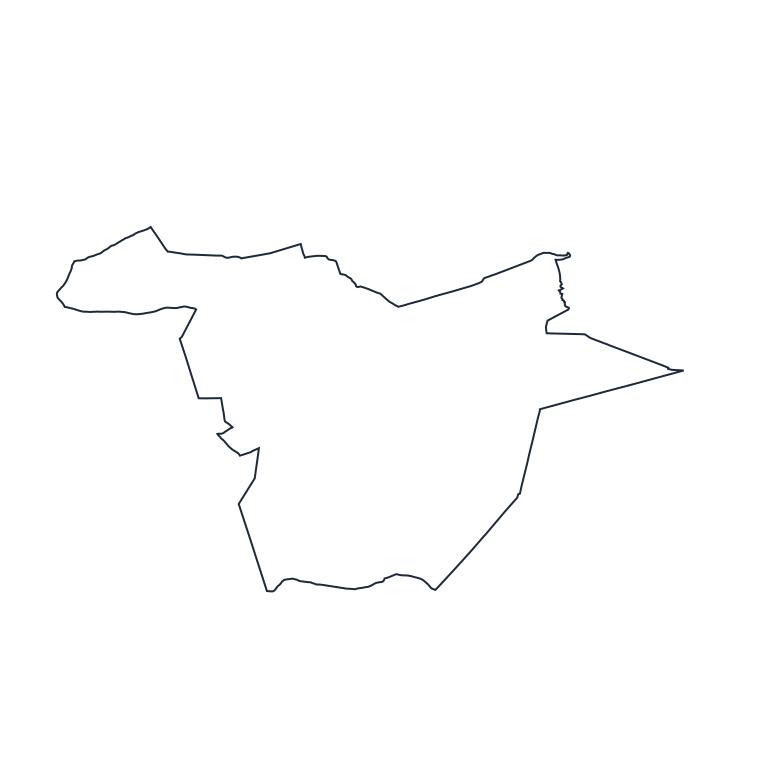 the district of Wajir North, North-Eastern, Kenya, rotated 75°
{"feature_id": "3690345B77349779921322", "entity_name": "Wajir North", "entity_type": "district", "adm_level": 2, "iso_a3": "KEN", "parent_name": "Kenya", "parent_adm1": "North-Eastern", "projection": "equal_earth", "projection_center": [39.341, 2.99], "detail": "fine", "context": "isolated", "style": "outline", "palette": "slate", "viewbox_px": 768, "rotation_deg": 75, "n_neighbors": 0, "source": "geoboundaries", "source_scale": "gbopen_adm2", "svg_char_len": 6164}
<svg xmlns="http://www.w3.org/2000/svg" viewBox="0 0 768 768"><g transform="rotate(75 384 384)"><path d="M462.3,555.4L499.0,553.4L553.6,550.7L554.7,548.0L555.0,547.0L555.4,545.7L555.5,544.6L555.1,543.4L554.5,542.3L553.6,541.2L552.6,540.1L551.7,538.8L551.1,537.3L550.4,536.0L549.7,535.0L548.6,533.8L548.1,532.9L547.8,532.0L547.3,531.2L547.7,527.5L548.2,524.1L548.3,522.9L548.9,521.6L549.8,520.2L550.4,518.9L551.3,518.0L552.0,517.1L553.1,515.3L553.8,513.3L554.7,511.3L556.5,506.5L557.0,505.5L557.7,504.9L558.8,503.0L559.3,502.2L559.8,501.8L560.2,501.0L561.1,498.0L562.2,495.2L571.9,473.3L572.6,471.1L574.7,465.2L574.7,463.2L574.7,461.7L575.3,457.4L575.5,453.5L575.9,451.7L575.6,450.4L575.5,448.8L575.1,447.7L574.1,443.4L574.1,442.2L574.2,440.6L574.6,437.6L574.5,436.4L574.3,435.7L573.6,435.0L572.1,433.8L571.9,433.1L572.0,431.0L571.9,429.5L571.7,427.8L571.4,425.9L571.3,424.5L570.9,422.5L570.9,421.6L571.1,420.8L572.8,417.7L574.2,413.8L574.6,412.3L575.1,410.7L576.6,407.6L579.0,403.5L579.7,402.1L581.3,399.6L582.4,398.1L583.7,396.9L588.8,393.4L591.9,391.9L593.4,391.3L594.7,389.7L596.1,387.9L595.8,387.1L594.2,384.4L587.3,373.4L577.5,358.0L567.1,342.0L556.6,326.5L555.5,324.7L538.5,300.2L528.3,284.8L525.1,282.7L525.1,281.1L517.7,277.3L498.2,266.5L488.5,261.4L477.1,255.1L455.5,243.5L450.9,240.8L449.4,240.1L449.1,240.0L448.8,240.0L448.7,236.3L448.6,205.3L448.7,187.6L448.6,171.9L448.7,140.6L448.6,120.1L448.5,91.0L444.9,102.1L442.9,105.7L441.9,105.2L439.7,108.0L421.3,133.5L404.7,156.6L403.1,158.6L402.2,160.0L393.9,171.5L392.4,173.3L388.1,177.0L387.0,180.3L382.6,195.2L377.9,211.2L377.1,213.7L375.6,213.5L374.0,213.5L372.6,213.1L371.5,212.9L370.4,212.7L365.1,209.6L364.6,207.4L359.8,186.7L359.1,186.0L358.1,185.8L356.2,188.3L355.5,188.8L353.5,188.7L352.7,188.5L351.9,188.0L351.1,188.9L350.0,188.7L349.1,190.0L348.6,189.8L347.8,189.7L347.0,190.2L346.3,190.2L343.2,188.5L342.4,190.2L340.9,190.0L338.9,190.9L338.7,189.0L338.0,186.4L337.3,187.0L336.7,187.7L335.9,188.3L335.1,188.3L334.5,187.8L333.6,186.4L332.6,186.6L331.4,186.6L330.9,187.0L330.2,187.3L328.3,186.6L326.0,186.1L323.8,185.8L321.6,185.6L316.9,185.6L310.7,186.1L308.4,186.1L309.1,183.9L309.8,180.1L309.8,178.1L309.4,176.3L309.2,171.9L308.6,171.2L307.8,170.9L306.3,171.4L305.4,171.8L304.9,172.4L305.6,173.2L306.5,173.6L306.7,174.6L306.7,175.6L306.4,177.3L305.8,179.4L305.2,180.5L305.0,181.9L304.8,182.8L304.2,184.0L302.5,186.3L302.1,187.4L300.5,189.6L300.0,190.7L299.6,192.6L298.8,195.1L298.7,195.8L298.7,196.9L299.0,199.5L299.2,202.2L300.8,206.0L300.9,206.3L301.8,207.5L302.3,208.4L302.8,209.8L303.0,211.2L303.8,218.8L305.7,237.2L306.9,249.1L306.9,250.4L307.1,252.6L307.3,254.1L307.5,257.3L307.7,259.4L307.7,259.8L308.1,260.4L309.7,262.1L310.4,263.0L310.6,263.4L310.8,264.6L311.1,266.2L311.6,271.3L311.9,275.2L311.9,276.6L312.3,294.2L312.4,307.4L312.5,313.3L312.9,322.6L313.0,331.7L313.0,338.6L313.2,343.5L313.1,350.2L312.1,351.2L310.4,353.2L308.7,354.6L306.9,356.5L305.6,357.7L302.3,360.0L296.0,364.0L295.7,364.3L294.3,366.6L293.2,368.1L288.7,373.9L285.8,378.1L283.7,381.5L283.6,381.8L283.7,383.8L283.6,384.3L283.2,384.9L282.6,385.3L282.3,385.7L281.9,385.7L281.2,385.5L279.8,385.9L278.4,386.6L276.0,388.1L275.6,388.2L274.5,388.3L274.0,388.5L273.1,389.3L271.2,391.2L269.5,392.4L268.6,393.2L267.9,394.5L267.2,396.1L266.3,397.7L254.4,398.4L253.0,398.7L252.7,398.8L252.5,399.1L251.2,401.1L250.1,403.9L249.5,404.9L249.0,405.3L248.3,405.8L247.7,406.1L246.8,406.2L246.0,406.6L245.4,407.3L245.0,408.1L244.2,410.9L243.4,413.4L243.0,415.0L242.7,416.4L241.6,424.1L241.5,427.8L239.9,427.7L237.7,428.2L236.1,428.3L233.8,428.2L230.8,428.3L227.3,428.2L227.3,430.6L228.2,458.7L228.2,460.5L227.2,472.3L225.9,486.9L225.7,489.4L224.9,490.0L224.0,491.2L223.3,492.4L222.8,493.7L222.4,495.2L222.0,496.9L221.9,498.2L221.8,501.4L221.6,502.4L221.3,503.2L221.0,503.9L220.5,504.7L218.8,506.4L218.1,507.4L217.9,507.8L216.4,513.3L209.8,534.3L207.7,541.4L206.3,544.5L205.3,546.3L204.5,548.3L200.7,557.0L200.0,558.8L198.5,559.3L197.8,559.7L195.8,560.5L187.7,563.2L185.4,564.0L171.9,568.8L172.8,571.1L173.1,572.4L173.5,576.4L173.7,580.2L173.7,581.2L173.8,582.3L174.4,585.6L175.3,587.9L175.6,590.9L176.1,592.7L176.2,594.8L176.3,596.1L177.1,598.6L177.3,599.8L178.1,602.2L178.8,604.8L179.9,608.3L180.0,609.9L179.9,611.3L180.4,612.7L181.9,616.2L182.1,617.4L182.3,618.5L182.8,620.2L183.3,621.4L183.8,622.5L184.1,623.2L184.3,623.9L184.5,625.4L184.5,627.0L184.8,629.3L185.1,631.8L185.0,635.3L185.1,636.7L185.4,637.9L186.2,639.7L186.3,640.0L186.3,640.4L186.3,641.8L186.2,644.8L186.0,646.0L185.7,646.9L185.5,647.7L185.4,650.1L185.3,650.9L185.3,651.4L186.6,652.3L188.5,654.4L190.0,655.2L191.4,655.7L193.8,657.4L196.3,659.5L201.4,663.3L203.6,665.5L205.1,667.2L206.3,668.8L207.4,670.8L208.6,672.6L210.7,675.7L211.5,676.3L212.4,676.7L214.4,676.9L216.0,677.0L217.3,676.4L221.6,674.1L223.0,673.5L224.0,673.1L227.0,672.3L227.5,671.0L228.1,669.8L229.8,666.9L230.6,665.2L233.0,661.5L235.0,658.2L235.8,656.8L236.6,654.8L237.0,653.2L238.3,649.4L238.7,647.8L238.9,646.4L239.3,645.2L239.8,642.4L240.4,640.7L241.3,637.5L242.5,632.5L244.4,626.2L245.1,622.8L245.5,621.3L247.4,616.0L248.2,614.4L249.9,611.4L251.4,608.3L252.1,606.6L252.8,604.1L253.7,598.7L253.9,595.3L254.4,591.1L254.6,587.1L254.6,585.7L254.4,584.0L253.9,580.2L253.8,576.7L253.9,574.8L254.1,573.7L254.6,572.2L255.6,569.3L256.7,565.8L256.9,564.9L257.1,563.6L257.0,562.2L257.3,559.2L257.3,557.7L257.5,556.6L258.0,555.4L259.1,553.2L260.4,551.2L260.8,550.2L261.1,549.2L261.6,548.3L262.3,547.1L263.4,546.2L286.2,567.1L287.4,569.6L304.9,568.6L349.8,566.7L350.1,565.7L351.3,561.5L355.5,545.0L368.5,546.3L369.8,546.3L374.5,546.9L376.2,547.2L378.5,547.3L379.2,547.1L380.1,546.4L382.4,544.3L383.7,543.4L385.8,542.1L386.6,541.5L386.9,542.3L387.0,543.8L388.0,546.8L388.6,548.4L388.9,549.7L389.8,551.8L390.0,554.0L389.5,555.6L389.1,556.8L389.2,557.9L390.4,557.4L391.4,556.9L392.3,556.2L393.5,555.8L394.9,555.1L395.7,554.4L396.8,553.7L400.5,551.8L403.3,550.6L406.6,548.5L408.1,547.4L409.1,546.5L410.6,545.1L411.8,543.9L412.8,543.0L414.5,542.1L415.9,541.7L415.8,538.4L415.3,529.9L414.7,528.6L414.0,524.0L413.6,521.5L418.4,523.4L441.7,533.3L462.3,555.4Z" fill="none" stroke="#1e293b" stroke-width="2"/></g></svg>